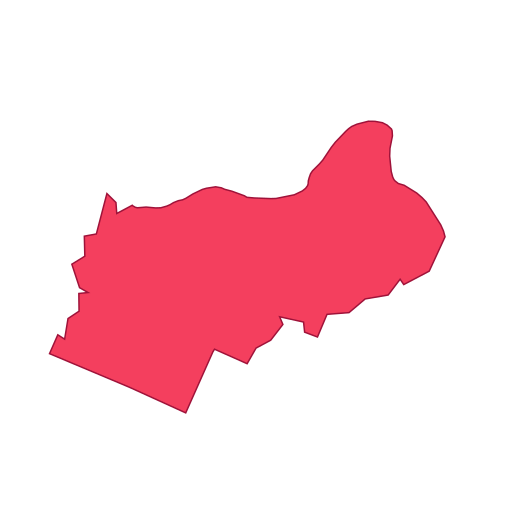 the district of Spencer, Indiana, United States of America, rotated 204°
{"feature_id": "52423323B86560635582080", "entity_name": "Spencer", "entity_type": "district", "adm_level": 2, "iso_a3": "USA", "parent_name": "United States of America", "parent_adm1": "Indiana", "projection": "natural_earth1", "projection_center": [-87.008, 37.994], "detail": "fine", "context": "isolated", "style": "filled", "palette": "rose", "viewbox_px": 512, "rotation_deg": 204, "n_neighbors": 0, "source": "geoboundaries", "source_scale": "gbopen_adm2", "svg_char_len": 1375}
<svg xmlns="http://www.w3.org/2000/svg" viewBox="0 0 512 512"><g transform="rotate(204 256 256)"><path d="M404.9,82.8L318.0,84.6L256.4,84.1L256.4,150.9L256.0,154.0L220.3,154.0L218.5,171.9L208.3,185.1L203.6,204.4L209.7,210.1L185.7,215.0L180.6,206.2L166.9,207.0L167.4,231.6L148.0,242.1L138.8,261.2L119.4,274.1L114.9,293.4L109.4,290.0L91.6,312.6L91.1,350.4L94.9,355.1L99.9,359.6L122.5,374.6L128.1,376.9L134.8,378.9L149.4,380.9L155.5,380.1L159.4,381.1L161.1,381.9L163.3,383.8L166.9,388.3L174.5,401.6L177.4,408.9L180.2,421.2L182.6,425.8L183.9,427.1L189.4,428.9L194.7,429.2L202.1,427.4L208.2,424.8L216.9,417.9L217.5,417.4L221.3,413.2L223.2,409.9L224.8,406.2L229.8,392.3L231.4,385.9L234.0,370.8L235.5,365.9L239.0,356.8L239.6,353.3L239.3,349.3L238.8,346.0L237.7,343.1L237.5,341.2L238.2,338.0L240.1,334.3L245.9,327.5L261.1,316.7L265.7,314.5L281.7,308.1L281.8,308.1L288.2,305.9L291.1,306.3L304.3,305.4L311.7,304.2L315.4,304.2L321.0,302.8L328.9,297.7L329.0,297.6L332.1,295.0L338.9,287.0L343.6,280.1L345.9,277.5L349.5,274.9L353.1,271.2L355.4,267.9L357.8,265.3L362.6,261.3L367.2,259.1L376.3,256.0L384.0,251.8L386.2,251.4L389.4,251.8L389.7,252.0L400.5,238.2L405.7,247.9L417.6,252.4L410.8,211.2L420.9,204.3L412.3,186.2L420.9,173.6L404.3,155.3L394.6,154.3L402.6,149.7L395.2,133.6L402.3,122.4L397.0,102.2L405.0,103.4L404.9,82.8Z" fill="#f43f5e" stroke="#9f1239" stroke-width="1.5"/></g></svg>